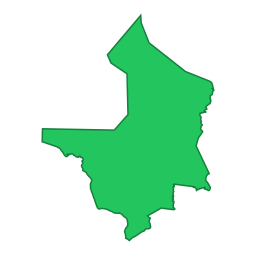 Siguatepeque, Comayagua, Honduras
{"feature_id": "27666195B5317078284159", "entity_name": "Siguatepeque", "entity_type": "district", "adm_level": 2, "iso_a3": "HND", "parent_name": "Honduras", "parent_adm1": "Comayagua", "projection": "mercator", "projection_center": [-87.863, 14.653], "detail": "fine", "context": "isolated", "style": "filled", "palette": "green", "viewbox_px": 256, "rotation_deg": 0, "n_neighbors": 0, "source": "geoboundaries", "source_scale": "gbopen_adm2", "svg_char_len": 5635}
<svg xmlns="http://www.w3.org/2000/svg" viewBox="0 0 256 256"><path d="M213.0,87.2L212.7,86.9L212.6,85.3L212.3,84.3L211.6,82.6L210.7,81.9L209.9,81.3L185.4,71.5L149.1,42.9L141.2,23.0L140.7,15.4L107.4,54.8L111.0,63.0L127.0,73.8L128.0,114.6L124.9,118.0L114.3,130.1L42.5,128.8L42.2,141.8L57.7,147.0L57.9,147.5L58.5,147.6L59.3,148.0L59.9,148.6L60.6,149.5L61.2,150.2L61.7,150.9L62.1,151.5L62.8,152.2L63.1,152.8L63.6,153.8L64.1,154.5L65.5,156.3L65.8,156.5L66.2,156.6L66.7,156.6L66.9,156.5L67.9,155.8L68.0,155.5L67.9,155.2L67.6,155.0L67.1,154.7L67.2,154.3L67.5,154.0L68.0,154.1L68.7,154.8L68.9,154.9L69.1,154.8L69.5,154.2L70.0,154.0L70.5,154.3L71.5,153.8L72.2,153.8L72.6,153.8L72.8,153.9L73.4,154.8L73.8,155.2L75.2,155.9L75.7,156.3L76.0,156.7L76.8,157.0L77.2,157.1L77.4,156.9L77.6,157.0L77.8,156.9L78.2,156.9L78.5,157.2L78.8,157.2L79.0,156.8L79.3,156.3L79.6,156.1L79.8,156.0L80.6,156.6L80.8,157.0L80.9,157.4L81.0,157.5L81.3,157.6L82.3,157.7L82.7,157.9L82.9,158.3L83.0,159.0L83.1,159.5L83.0,160.0L82.8,160.5L82.0,161.0L81.9,161.1L82.0,161.3L82.3,161.6L82.5,162.3L82.9,163.0L82.4,164.0L82.2,164.3L81.8,164.9L81.6,165.4L81.5,165.7L81.6,166.3L81.7,166.6L82.0,167.0L82.4,167.7L82.8,168.5L82.9,168.9L82.8,170.1L82.9,170.5L83.4,170.9L84.6,171.4L84.8,171.6L85.8,172.2L86.2,172.4L86.4,172.8L86.6,173.4L86.8,173.7L87.9,175.2L88.9,176.4L90.1,177.4L90.4,177.6L90.9,178.6L91.3,179.2L91.6,179.8L91.7,180.3L91.4,181.7L91.1,182.4L90.5,183.7L90.3,184.2L90.4,185.3L90.5,185.6L90.6,185.9L90.6,186.4L90.4,187.0L90.6,188.6L91.0,189.7L91.6,191.8L92.3,193.3L93.6,197.3L94.6,199.6L94.8,200.2L94.9,200.9L96.6,205.7L97.5,207.8L97.9,208.1L97.9,208.3L98.1,208.5L98.7,208.9L99.1,209.0L99.6,209.0L100.8,208.6L101.5,208.4L104.7,208.8L106.3,209.1L106.9,209.3L107.8,209.8L109.1,210.4L109.6,210.7L110.7,211.1L112.1,211.6L113.7,212.6L114.5,212.9L115.4,213.1L119.9,213.3L120.4,213.5L121.7,214.1L123.8,216.4L125.6,217.7L126.3,218.2L126.8,218.9L127.0,219.3L127.5,221.6L127.8,223.8L127.8,224.4L127.4,226.0L127.2,226.4L126.6,227.3L125.9,228.0L125.5,228.7L124.7,230.9L124.6,231.3L124.6,231.7L124.9,232.6L125.5,234.6L125.6,235.9L125.7,236.3L125.7,236.9L125.8,237.8L125.7,238.3L127.6,239.1L129.4,240.6L131.7,238.2L132.3,237.7L134.4,236.7L135.4,236.2L138.9,233.9L139.2,233.6L139.4,233.3L139.5,233.2L139.9,233.0L140.4,232.8L140.7,232.7L142.0,231.7L144.2,230.9L144.5,230.7L145.1,229.6L145.3,229.4L146.3,228.9L146.9,228.7L147.2,228.7L147.7,228.8L148.2,228.8L149.4,228.5L149.8,228.3L150.3,227.9L150.5,227.5L150.6,227.0L150.5,226.4L150.2,225.0L150.2,224.5L149.9,223.3L149.2,221.9L149.1,221.3L149.1,221.0L149.4,220.6L149.5,220.2L149.6,219.9L149.5,219.4L150.2,218.4L150.3,218.2L150.1,218.0L149.1,217.5L148.2,216.5L147.5,215.9L161.2,208.1L173.7,209.7L174.6,209.3L174.8,209.2L174.8,208.8L174.4,208.3L173.7,207.7L173.3,207.7L173.2,207.5L173.3,206.9L173.2,205.4L173.3,205.2L173.3,204.4L173.2,203.9L173.4,203.7L173.8,203.4L173.7,202.9L173.6,202.5L173.7,202.1L173.9,201.9L174.0,201.7L173.9,201.4L173.7,201.2L173.1,201.3L172.8,201.2L172.6,201.0L172.6,200.9L172.7,200.5L173.0,200.0L172.8,199.8L172.6,199.6L172.7,199.3L173.4,199.0L173.4,198.8L173.2,198.3L172.5,197.5L172.3,197.1L172.4,196.9L173.1,197.0L173.3,197.0L173.3,196.8L173.1,196.4L173.1,196.1L173.3,196.1L173.6,196.0L173.5,195.6L173.0,195.0L172.9,194.8L172.9,194.6L173.1,194.5L173.3,194.2L173.1,193.2L173.1,192.7L173.2,192.4L173.8,191.6L173.7,191.2L173.4,190.6L173.2,190.1L173.3,189.7L173.6,188.1L173.4,187.5L173.3,187.3L173.2,187.3L173.3,187.0L173.5,186.4L174.3,186.4L174.4,186.1L174.4,185.9L173.9,185.4L173.6,184.6L173.6,184.3L173.7,184.1L194.6,186.8L194.7,187.2L194.7,187.4L194.5,187.5L195.0,187.6L195.3,187.7L196.0,188.3L196.1,188.6L196.3,189.1L196.3,190.3L196.4,190.5L196.5,190.6L196.8,190.5L197.1,189.8L197.5,189.4L197.9,189.2L198.2,189.3L198.6,189.5L199.2,189.0L199.7,188.5L200.7,188.6L201.0,188.6L202.1,187.8L203.6,187.8L204.2,187.6L204.8,187.3L205.0,187.4L205.2,187.5L205.1,187.9L204.9,188.0L204.2,188.0L204.2,188.6L204.4,188.9L207.0,189.6L207.4,189.8L207.9,190.3L208.2,190.5L208.7,190.5L209.1,190.4L209.5,190.1L209.7,189.8L209.9,189.2L210.3,187.7L210.2,187.3L210.2,187.0L209.9,186.5L209.1,185.7L209.0,184.8L208.8,184.3L208.2,183.8L207.7,182.8L207.5,182.4L206.5,181.5L205.9,180.4L205.7,179.7L205.8,179.1L206.0,178.1L206.1,176.8L206.9,175.3L207.2,174.9L207.6,174.5L208.2,174.1L208.9,173.8L209.2,173.6L196.1,145.9L198.3,138.1L202.6,131.9L202.6,131.5L202.2,130.9L201.9,130.5L200.8,129.7L200.7,129.2L200.7,128.6L200.6,128.0L200.6,127.7L200.9,127.3L201.1,127.1L201.2,126.7L201.3,126.2L201.5,125.9L202.0,125.5L202.2,125.2L202.1,124.6L201.0,123.4L200.7,122.9L200.7,122.6L200.8,122.4L201.4,121.7L201.4,121.3L200.9,120.5L200.7,119.6L200.8,118.6L200.9,118.3L201.1,118.0L201.1,117.7L200.8,116.6L200.6,116.2L199.9,115.6L199.8,115.4L200.0,113.5L200.2,113.2L200.4,113.0L200.7,113.0L201.1,113.1L201.6,113.1L202.1,112.9L202.9,112.5L203.5,112.5L203.8,112.3L204.0,112.2L204.3,112.2L205.3,112.3L205.6,112.2L205.8,111.9L205.7,111.7L205.3,111.6L204.7,111.5L204.2,111.2L204.1,110.9L204.3,110.7L205.5,109.6L206.2,109.4L206.7,109.3L206.8,109.2L206.7,108.7L206.3,107.8L206.1,107.6L205.8,107.5L205.7,107.4L205.7,107.2L206.4,106.5L206.8,105.8L207.8,105.1L208.9,104.1L209.5,103.8L209.9,103.7L210.1,103.6L210.1,103.2L210.3,102.4L210.9,101.3L210.5,100.1L210.5,99.7L210.7,99.2L210.2,99.0L210.1,98.8L210.0,98.6L210.2,97.6L210.4,96.9L210.4,96.5L210.2,96.0L210.2,95.7L210.3,95.5L210.5,95.4L211.1,95.2L211.6,94.9L211.9,94.8L212.1,94.4L212.3,94.1L212.4,93.8L212.6,92.6L212.6,92.2L212.5,91.8L212.6,91.5L212.8,91.2L213.8,90.4L213.5,89.8L212.7,89.3L212.5,89.1L213.3,89.1L213.5,89.1L213.4,88.7L213.2,88.3L213.0,87.2Z" fill="#22c55e" stroke="#15803d" stroke-width="1.5"/></svg>